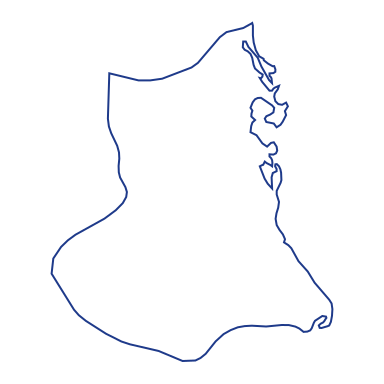 map outline of Phú Yên (orthographic projection)
{"feature_id": "VNM-482", "entity_name": "Phú Yên", "entity_type": "Province", "adm_level": 1, "iso_a3": "VNM", "parent_name": "Vietnam", "parent_adm1": "", "projection": "orthographic", "projection_center": [109.224, 13.226], "detail": "fine", "context": "isolated", "style": "outline", "palette": "blue", "viewbox_px": 384, "rotation_deg": 0, "n_neighbors": 0, "source": "natural_earth", "source_scale": "10m", "svg_char_len": 2519}
<svg xmlns="http://www.w3.org/2000/svg" viewBox="0 0 384 384"><path d="M252.2,23.0L252.9,25.6L252.9,35.5L253.7,42.5L255.8,50.2L259.2,56.3L263.6,58.8L263.8,60.3L268.0,63.6L272.6,66.2L274.2,66.1L275.4,69.4L275.3,71.8L273.4,73.1L269.5,73.4L269.5,75.8L271.0,77.3L271.5,78.4L272.0,83.1L269.1,80.1L261.4,66.5L257.7,57.7L248.4,46.9L245.8,41.5L243.2,41.5L242.8,47.3L244.7,49.8L247.7,51.3L250.5,53.9L252.2,57.8L253.6,64.9L255.0,68.5L259.6,72.6L262.7,74.5L262.4,76.6L261.0,78.3L259.8,78.0L262.2,81.9L269.5,90.7L272.0,90.7L273.4,88.7L274.7,87.7L279.0,85.8L277.8,89.3L274.8,93.4L274.2,96.6L275.4,101.2L278.3,104.1L282.1,104.8L286.1,102.6L287.9,106.3L284.9,111.1L286.1,115.1L282.7,121.7L280.5,124.8L276.6,127.3L273.8,123.5L266.3,122.0L264.8,118.6L266.4,116.2L270.1,114.6L273.4,112.4L274.2,107.8L272.1,105.4L261.0,97.8L257.7,98.0L255.0,99.3L252.7,102.3L250.5,107.8L252.4,110.7L251.5,113.5L251.3,116.5L255.1,120.0L252.4,122.5L251.2,126.1L250.5,132.2L256.5,135.2L262.4,143.4L267.1,146.6L271.0,142.9L273.8,142.3L276.6,146.6L277.2,150.6L276.0,153.3L273.4,154.6L269.5,154.3L269.5,156.5L271.2,158.2L272.1,160.2L272.4,162.8L272.1,166.3L270.4,165.0L266.5,163.0L264.8,161.6L263.2,164.8L262.4,165.0L259.8,166.3L264.6,178.6L267.7,183.7L272.1,188.5L271.6,177.3L272.8,173.0L276.6,171.2L276.6,169.0L275.1,166.2L275.4,164.3L276.8,164.1L279.0,166.3L280.4,169.4L281.1,172.7L281.4,180.1L280.6,182.8L276.7,190.9L276.7,194.5L279.0,201.9L278.2,207.7L276.5,213.2L275.6,218.8L276.7,225.1L279.5,229.9L282.9,234.4L285.0,239.2L284.0,242.4L288.4,245.2L291.3,248.2L298.5,261.2L307.8,271.6L314.6,282.7L329.2,299.7L331.6,303.5L332.4,309.1L332.0,315.8L330.9,321.8L329.2,325.5L327.6,326.2L321.5,328.0L319.7,327.9L318.8,325.4L320.7,323.7L323.2,322.4L324.5,320.8L325.3,319.4L326.4,317.9L326.0,316.6L322.3,316.0L315.0,320.8L313.9,322.7L311.7,328.3L310.2,330.4L307.3,331.6L304.3,331.8L303.6,331.9L299.3,328.5L295.4,326.6L289.0,325.1L281.8,325.0L266.2,326.5L251.8,325.7L244.7,326.1L237.8,327.3L230.7,330.1L223.6,334.1L215.7,341.3L205.7,353.8L200.5,358.0L195.4,360.5L182.6,361.0L158.7,351.0L129.9,344.3L121.4,341.5L106.1,333.8L85.9,320.9L78.8,315.2L74.0,309.7L51.6,273.7L53.3,258.5L61.1,246.9L67.9,240.3L75.5,234.7L104.5,218.6L115.8,210.2L122.8,203.1L126.2,197.0L126.9,192.0L125.4,187.1L120.1,177.5L118.8,172.3L118.6,165.9L119.3,158.7L119.0,152.4L117.2,145.8L111.2,133.2L108.9,126.5L107.9,118.7L109.3,73.3L138.5,80.4L150.2,80.4L162.2,78.7L191.5,67.5L197.9,62.9L219.8,37.2L226.5,32.1L243.3,28.0L251.3,23.6L252.2,23.0Z" fill="none" stroke="#1e3a8a" stroke-width="2"/></svg>